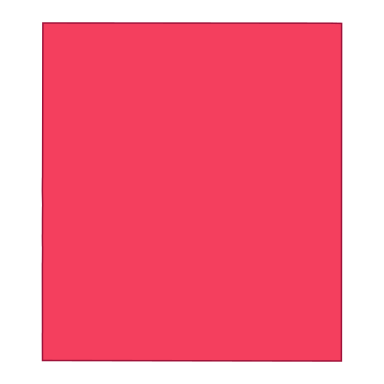 the district of Pipestone, Minnesota, United States of America
{"feature_id": "52423323B28464929299777", "entity_name": "Pipestone", "entity_type": "district", "adm_level": 2, "iso_a3": "USA", "parent_name": "United States of America", "parent_adm1": "Minnesota", "projection": "natural_earth1", "projection_center": [-96.389, 44.023], "detail": "fine", "context": "isolated", "style": "filled", "palette": "rose", "viewbox_px": 384, "rotation_deg": 0, "n_neighbors": 0, "source": "geoboundaries", "source_scale": "gbopen_adm2", "svg_char_len": 386}
<svg xmlns="http://www.w3.org/2000/svg" viewBox="0 0 384 384"><path d="M341.4,361.0L341.6,23.4L330.2,23.2L42.9,23.0L42.6,177.0L42.5,178.8L42.4,189.5L42.4,191.1L42.7,205.6L42.6,207.5L42.5,219.3L42.5,221.1L42.5,233.4L42.4,235.5L42.5,246.1L42.6,246.7L42.5,262.0L42.4,263.7L42.5,332.2L42.4,333.7L42.5,360.4L42.5,360.5L341.4,361.0Z" fill="#f43f5e" stroke="#9f1239" stroke-width="1.5"/></svg>